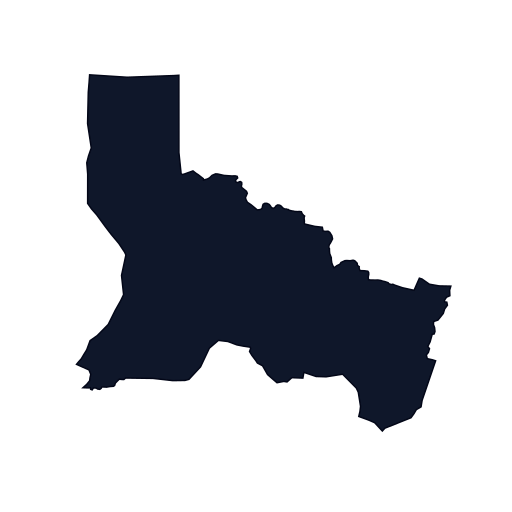 Dan Musa, Katsina, Nigeria (Albers equal-area conic projection), rotated 11°
{"feature_id": "59680162B93375949891062", "entity_name": "Dan Musa", "entity_type": "district", "adm_level": 2, "iso_a3": "NGA", "parent_name": "Nigeria", "parent_adm1": "Katsina", "projection": "albers", "projection_center": [7.324, 12.26], "detail": "fine", "context": "isolated", "style": "filled", "palette": "ink", "viewbox_px": 512, "rotation_deg": 11, "n_neighbors": 0, "source": "geoboundaries", "source_scale": "gbopen_adm2", "svg_char_len": 3396}
<svg xmlns="http://www.w3.org/2000/svg" viewBox="0 0 512 512"><g transform="rotate(11 256 256)"><path d="M439.0,385.2L441.1,380.7L442.7,376.2L446.8,372.6L446.6,366.0L449.8,342.8L452.3,324.6L449.0,324.2L443.7,324.1L442.1,320.6L443.6,317.8L444.0,313.9L441.9,312.0L443.3,307.0L443.9,299.2L445.7,298.6L446.1,296.0L445.0,292.3L443.2,289.3L442.9,286.4L446.8,284.2L448.8,280.5L450.8,276.6L451.3,272.0L453.3,267.8L452.1,264.9L449.9,265.1L449.5,263.3L450.9,260.1L453.9,258.0L452.6,252.6L453.0,248.4L441.5,250.4L431.6,250.6L423.3,246.9L420.6,246.6L417.7,259.5L405.8,259.2L397.7,258.1L395.7,257.6L394.3,258.2L391.8,257.9L390.8,257.0L388.0,256.6L387.1,256.5L386.4,256.5L385.3,256.5L383.1,256.2L380.4,256.3L377.5,256.9L373.1,257.7L370.9,257.8L370.2,255.3L370.2,252.5L369.7,250.6L368.7,249.6L365.2,249.8L360.8,250.5L359.5,248.2L359.4,246.8L357.4,245.9L356.7,243.8L354.7,242.4L353.8,241.8L352.1,241.6L349.3,242.7L346.1,243.1L344.2,243.6L340.7,246.1L339.8,248.2L337.3,250.0L334.9,252.7L333.1,250.6L331.7,248.3L330.7,245.4L330.2,243.2L327.9,239.6L327.2,237.2L326.9,235.9L326.7,234.8L325.9,233.9L325.6,232.1L326.0,230.3L326.6,229.0L327.9,224.6L326.6,221.6L323.9,218.7L322.0,217.9L319.4,218.6L317.1,218.7L315.6,215.1L308.0,215.7L297.6,215.3L297.0,214.0L296.9,212.5L296.2,210.4L295.9,209.0L296.1,207.5L295.0,207.0L293.2,205.6L292.1,203.9L290.1,204.0L288.3,204.5L286.7,204.7L285.6,204.9L284.2,204.8L282.7,204.9L280.8,204.8L279.9,204.8L279.0,204.2L278.0,204.3L276.9,204.1L275.3,204.4L273.2,203.7L271.2,202.2L269.6,201.6L267.6,201.7L266.2,202.8L265.2,204.9L263.7,206.0L261.8,205.4L260.8,204.3L259.2,202.9L257.2,202.3L256.0,202.3L254.4,202.7L253.1,203.9L252.9,205.8L252.9,207.8L252.2,209.0L250.5,209.9L248.4,210.5L245.4,208.8L241.3,206.6L237.3,204.9L235.5,202.7L234.5,200.8L235.5,196.1L234.3,194.3L228.8,191.4L228.3,190.0L228.4,188.3L227.9,186.5L226.6,185.9L225.4,186.3L224.4,187.3L223.3,187.4L222.1,187.1L221.5,186.0L221.9,184.6L223.1,182.9L222.3,181.4L220.4,181.3L216.6,182.1L209.2,183.0L202.8,182.8L200.6,183.1L197.5,185.2L195.5,188.1L193.7,189.6L190.0,191.5L189.6,190.2L183.7,187.2L181.2,186.2L177.9,184.5L170.2,189.1L168.2,190.1L166.6,189.4L166.4,188.2L160.6,169.2L145.8,93.3L140.8,94.6L95.5,105.1L58.1,109.9L59.0,117.1L60.1,127.2L65.4,158.1L73.7,181.4L72.5,189.7L72.1,196.8L75.2,207.9L80.7,236.5L85.5,241.1L91.8,246.0L101.9,255.4L106.7,259.7L109.9,262.5L119.0,269.9L126.3,277.3L128.1,279.8L127.7,300.7L133.4,319.2L131.7,325.7L128.2,336.2L124.0,351.4L115.3,364.5L109.3,370.7L107.8,380.0L107.3,381.6L105.8,385.5L104.1,390.3L102.0,393.8L100.5,396.6L113.8,399.7L116.4,403.7L116.3,407.1L116.5,410.2L114.3,414.3L111.3,418.3L116.4,417.5L118.5,416.9L119.1,418.4L120.7,418.7L121.6,416.6L124.3,416.1L125.8,416.8L128.1,416.7L129.2,415.5L129.8,413.9L134.4,413.2L137.3,412.1L140.9,411.1L141.9,410.1L142.2,407.6L143.9,405.0L145.3,403.0L147.8,402.8L149.8,402.5L150.4,401.8L151.2,400.7L154.3,400.1L178.2,395.8L198.1,394.2L210.0,391.7L213.7,389.9L222.7,375.4L227.8,355.4L235.2,346.0L244.7,345.3L254.2,346.9L260.5,346.9L267.6,346.6L268.4,347.6L267.9,351.0L271.0,354.4L275.9,358.8L277.8,360.8L283.4,362.5L290.0,370.2L295.5,373.4L300.8,376.4L307.2,373.8L310.5,373.7L314.4,368.6L325.3,366.9L325.2,361.1L338.0,362.8L347.9,361.2L363.6,355.5L379.7,366.5L382.4,370.2L387.3,383.6L387.7,388.7L387.5,393.9L396.3,395.3L398.6,395.7L404.3,397.0L413.4,403.7L415.4,400.4L439.0,385.2Z" fill="#0f172a" stroke="#020617" stroke-width="1.5"/></g></svg>